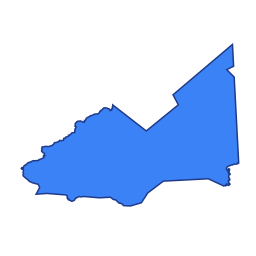 Sohe District, Northern, Papua New Guinea, rotated 87°
{"feature_id": "67681753B17052128293430", "entity_name": "Sohe District", "entity_type": "district", "adm_level": 2, "iso_a3": "PNG", "parent_name": "Papua New Guinea", "parent_adm1": "Northern", "projection": "equal_earth", "projection_center": [147.829, -8.649], "detail": "fine", "context": "isolated", "style": "filled", "palette": "blue", "viewbox_px": 256, "rotation_deg": 87, "n_neighbors": 0, "source": "geoboundaries", "source_scale": "gbopen_adm2", "svg_char_len": 5673}
<svg xmlns="http://www.w3.org/2000/svg" viewBox="0 0 256 256"><g transform="rotate(87 128 128)"><path d="M50.0,19.3L97.2,81.3L107.5,76.5L131.9,109.9L104.2,142.0L105.1,142.0L105.5,142.1L105.8,142.1L106.1,142.5L106.8,142.3L107.3,142.4L107.4,142.8L107.6,142.9L107.8,142.9L108.0,143.2L108.5,143.4L108.7,143.2L108.9,143.3L109.1,143.3L109.3,143.8L109.3,144.1L109.4,144.3L109.5,144.7L109.6,144.8L108.7,145.0L108.5,145.5L108.3,145.5L107.8,146.0L107.6,146.4L107.6,146.7L107.5,147.1L107.0,148.0L107.0,148.5L106.8,148.8L106.7,149.6L106.6,150.2L106.8,150.7L106.7,151.2L107.2,151.7L107.4,152.0L107.6,152.2L108.3,152.6L108.5,152.8L108.7,153.6L108.9,154.0L109.4,154.1L109.5,154.3L109.5,154.7L109.6,154.9L110.0,155.1L110.2,155.4L110.8,155.6L111.1,155.9L111.8,156.4L112.2,157.1L112.3,157.4L112.4,158.0L112.3,158.7L112.3,159.1L112.4,159.6L112.3,160.3L112.7,161.3L112.8,161.6L113.7,163.5L113.6,164.0L113.8,164.6L113.9,165.1L114.1,165.4L114.7,166.2L115.1,167.3L116.1,169.1L117.6,169.9L118.1,170.3L118.3,170.7L118.3,170.9L118.3,171.1L118.6,171.1L119.5,171.0L119.8,171.1L120.0,171.3L120.0,171.7L119.2,173.4L119.1,174.1L118.6,174.8L118.5,175.1L118.5,175.6L118.6,176.2L118.6,177.1L118.7,178.0L119.1,178.8L119.6,179.0L120.3,180.1L120.7,180.4L122.3,180.5L123.4,180.9L123.5,180.8L123.6,180.6L123.9,180.0L124.3,179.8L124.8,180.0L125.9,180.6L126.2,181.0L127.1,181.2L127.5,181.2L127.9,181.0L128.2,181.0L128.4,181.0L128.6,181.3L129.3,181.5L129.6,181.4L129.8,181.9L129.8,183.6L129.9,184.2L130.4,184.9L131.0,185.3L131.8,186.4L131.9,186.8L132.0,186.6L132.6,187.4L132.9,188.1L133.3,188.5L133.4,189.0L133.7,189.3L133.7,189.9L133.7,190.4L133.9,190.6L134.6,191.0L134.7,191.3L134.9,192.6L135.0,192.7L135.3,192.8L135.6,192.6L135.9,192.6L136.1,192.7L136.3,193.0L136.8,193.3L137.0,193.5L137.0,194.4L137.1,194.9L137.1,195.3L137.0,196.2L136.8,196.6L136.8,196.9L137.0,197.1L137.4,197.4L137.5,197.7L137.9,197.8L138.0,198.0L138.2,198.7L138.4,199.2L138.4,199.8L138.6,200.1L138.8,200.9L138.7,202.1L138.8,202.2L139.5,202.7L140.3,203.1L140.5,203.3L140.6,203.6L140.9,204.1L141.3,204.4L141.4,204.5L141.6,205.0L142.1,207.2L142.4,207.6L142.3,208.3L142.3,209.1L142.2,209.4L142.2,210.2L142.0,211.2L142.0,211.5L142.4,212.9L142.4,213.3L142.4,214.1L142.3,214.4L142.4,214.7L143.4,215.0L144.1,215.3L144.9,214.8L145.1,214.9L145.4,215.1L146.1,215.5L146.5,215.5L147.0,215.3L147.4,214.9L147.7,214.5L148.3,214.1L148.7,213.2L148.9,212.9L149.1,212.8L150.1,213.0L151.0,212.6L151.2,212.4L151.3,212.5L151.1,213.2L151.1,213.5L151.2,213.8L151.4,213.9L151.6,213.7L151.9,213.8L152.2,213.9L152.5,213.7L153.2,213.7L153.5,213.8L153.6,214.6L153.8,214.9L153.9,215.3L154.0,215.6L154.3,216.3L154.5,216.6L154.7,216.9L154.7,217.1L154.6,217.5L154.8,217.8L154.9,218.4L155.2,218.8L155.8,219.2L155.8,219.5L155.7,221.1L155.8,221.9L155.9,223.1L155.8,223.5L155.6,223.9L155.8,224.7L155.9,224.8L156.1,225.6L156.4,226.1L156.6,226.2L156.8,226.5L156.7,227.1L156.7,227.4L156.9,227.7L157.3,228.2L157.2,229.0L157.3,229.3L158.0,230.3L158.7,231.0L158.9,231.2L158.9,231.4L159.1,231.5L159.5,231.7L159.5,232.5L160.2,233.5L160.5,233.8L160.8,234.3L161.0,234.3L161.6,234.4L162.0,234.6L162.2,235.1L162.0,235.9L162.1,236.2L162.4,236.4L162.7,236.6L163.0,236.7L163.4,236.4L163.6,236.2L163.6,235.6L163.4,235.0L163.5,234.7L164.3,234.5L165.7,234.9L166.2,234.9L166.8,235.1L167.1,235.1L167.4,235.0L167.7,234.7L168.0,234.6L168.7,235.1L169.2,235.3L169.4,235.3L169.9,235.1L170.1,235.1L170.3,235.2L173.5,231.9L173.9,231.3L174.4,230.8L174.9,230.3L175.5,229.9L176.6,228.7L176.6,228.1L177.7,226.4L178.2,224.5L178.4,224.1L179.1,222.1L179.4,220.7L182.7,219.3L189.3,223.2L189.1,212.5L191.6,193.5L192.8,192.2L193.6,192.2L193.9,192.4L194.2,192.4L194.5,192.1L194.9,192.3L195.4,191.6L195.7,191.7L196.2,191.6L196.2,191.3L196.4,191.4L196.7,191.0L196.9,190.2L197.2,189.9L197.3,189.5L197.5,189.3L198.2,188.1L198.1,187.1L197.7,186.2L197.4,185.3L196.9,185.1L196.2,184.7L195.6,183.8L195.0,183.6L194.9,182.5L194.0,181.1L194.1,179.8L194.3,178.6L194.1,175.5L196.2,160.4L196.2,149.2L198.7,146.3L198.9,144.4L202.6,140.8L202.7,139.2L203.2,138.8L203.2,138.2L205.3,136.5L206.0,129.6L203.3,118.5L193.9,111.7L182.9,95.5L182.9,50.5L190.9,35.4L190.9,35.1L190.6,34.7L190.6,34.4L190.5,34.1L190.8,33.7L190.7,33.0L190.6,32.9L190.3,33.1L190.2,33.3L189.9,33.2L189.7,32.9L189.3,32.9L189.2,32.7L189.1,32.3L189.8,32.4L190.2,31.7L190.1,31.1L190.5,30.7L190.6,30.4L190.5,30.2L189.7,29.3L189.6,29.2L189.3,29.1L189.1,29.2L189.0,29.3L188.8,29.6L188.6,30.1L188.2,29.9L187.8,30.2L187.7,30.1L187.1,30.5L186.3,30.4L186.0,30.6L185.8,30.6L185.7,30.3L185.7,29.5L185.6,29.3L185.2,29.3L184.9,29.6L184.7,29.3L184.4,29.0L184.1,29.1L183.5,29.6L183.4,29.7L183.0,29.7L182.7,30.0L182.4,29.9L182.2,29.8L181.7,30.1L181.1,30.1L180.7,29.9L180.4,29.6L179.9,28.8L179.5,28.4L179.1,28.6L178.9,28.6L178.5,28.9L178.3,29.0L178.1,29.4L178.1,29.7L178.2,29.8L178.4,29.6L178.6,29.2L178.8,29.0L178.9,28.9L179.0,28.9L179.0,29.2L178.7,29.7L178.5,30.1L178.3,30.2L178.2,30.1L178.0,29.9L177.8,29.9L177.6,29.6L176.8,29.5L176.7,29.3L176.3,29.1L175.6,29.1L175.6,29.3L175.8,29.7L175.9,30.2L176.0,30.5L175.7,30.4L175.1,30.0L174.4,29.1L174.2,29.0L174.0,29.6L174.1,29.8L174.2,30.0L174.6,30.0L174.8,30.1L174.9,30.3L174.9,30.6L174.7,30.9L174.7,31.0L174.9,31.2L175.1,31.0L175.0,31.5L174.6,31.5L174.0,31.9L173.6,31.9L173.0,31.7L172.6,31.4L172.2,31.1L171.6,29.9L171.1,29.2L171.0,28.7L171.0,28.2L170.7,27.8L170.6,27.5L170.5,27.3L170.4,27.0L170.4,26.0L170.1,25.4L170.0,24.6L169.9,24.4L169.7,23.2L169.7,22.0L169.5,20.6L169.3,20.3L169.1,20.0L168.6,20.1L168.6,19.8L168.9,19.7L169.0,19.6L168.8,19.3L82.7,19.3L74.9,26.3L71.8,19.3L50.0,19.3ZM175.4,29.6L175.2,29.3L175.1,28.8L174.9,28.8L174.8,29.1L175.2,29.7L175.4,29.7L175.4,29.6Z" fill="#3b82f6" stroke="#1e3a8a" stroke-width="1.5"/></g></svg>